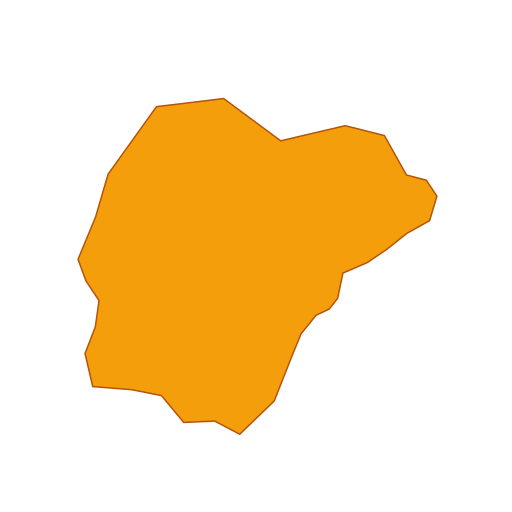 the border of Monseñor Nouel, rotated 76°
{"feature_id": "DOM-1976", "entity_name": "Monseñor Nouel", "entity_type": "Province", "adm_level": 1, "iso_a3": "DOM", "parent_name": "Dominican Republic", "parent_adm1": "", "projection": "albers", "projection_center": [-70.39, 18.916], "detail": "fine", "context": "isolated", "style": "filled", "palette": "amber", "viewbox_px": 512, "rotation_deg": 76, "n_neighbors": 0, "source": "natural_earth", "source_scale": "10m", "svg_char_len": 560}
<svg xmlns="http://www.w3.org/2000/svg" viewBox="0 0 512 512"><g transform="rotate(76 256 256)"><path d="M270.5,104.1L281.0,127.1L289.3,149.6L293.6,175.8L316.8,187.0L325.2,197.8L328.0,212.0L342.4,231.1L361.6,245.2L401.1,273.4L425.0,314.9L406.2,336.0L400.0,366.4L368.6,381.5L355.6,409.1L343.2,446.0L309.3,445.5L285.8,429.0L261.3,419.1L239.1,427.0L216.2,429.5L179.3,402.2L140.8,379.7L87.0,316.4L95.4,249.3L150.2,204.2L151.1,138.0L170.2,102.3L213.8,90.4L223.7,72.4L241.7,66.0L263.7,79.0L270.5,104.1Z" fill="#f59e0b" stroke="#b45309" stroke-width="1.5"/></g></svg>